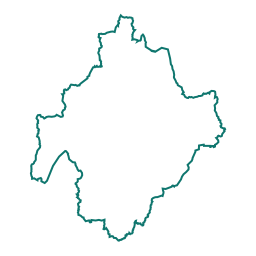 Central Otago District, Otago, New Zealand
{"feature_id": "76426892B81213624592516", "entity_name": "Central Otago District", "entity_type": "district", "adm_level": 2, "iso_a3": "NZL", "parent_name": "New Zealand", "parent_adm1": "Otago", "projection": "albers", "projection_center": [169.453, -45.131], "detail": "fine", "context": "isolated", "style": "outline", "palette": "teal", "viewbox_px": 256, "rotation_deg": 0, "n_neighbors": 0, "source": "geoboundaries", "source_scale": "gbopen_adm2", "svg_char_len": 5729}
<svg xmlns="http://www.w3.org/2000/svg" viewBox="0 0 256 256"><path d="M120.8,15.4L119.4,18.2L119.6,19.6L118.2,21.2L118.5,22.8L119.0,23.0L119.0,23.4L118.1,24.3L118.1,25.3L117.8,24.9L115.8,27.4L114.7,32.0L112.9,31.5L110.9,31.7L106.9,32.7L105.1,33.9L102.0,34.1L101.5,33.7L99.0,34.0L98.8,34.9L99.0,36.1L98.5,37.0L99.1,37.7L100.5,38.0L99.8,39.8L99.7,41.2L100.8,42.9L101.0,45.2L101.8,45.9L101.7,46.9L100.6,47.9L99.2,48.5L99.1,49.4L99.3,50.5L98.4,52.3L98.3,53.1L99.5,55.6L99.8,60.1L100.3,60.2L100.4,60.8L101.1,61.4L100.9,63.0L101.2,63.8L100.8,65.2L101.8,66.2L101.7,66.5L100.6,66.8L99.8,66.3L99.1,66.8L96.8,66.8L97.1,66.4L96.8,65.9L95.1,67.1L94.7,66.6L94.6,67.0L93.1,67.3L90.2,72.6L89.3,74.8L89.3,75.8L87.4,76.8L87.5,78.3L80.3,83.8L79.5,85.4L78.4,85.2L77.8,85.8L77.1,85.8L75.7,84.9L74.8,85.2L71.1,84.6L70.1,85.9L69.6,87.7L68.4,88.4L68.1,89.4L66.2,90.2L65.3,89.4L64.2,89.7L63.8,91.0L64.3,92.2L63.8,93.1L64.0,93.4L63.6,93.5L63.3,94.5L62.3,94.4L63.2,95.9L62.4,100.9L65.0,104.6L65.6,106.8L64.9,107.5L65.0,108.8L64.6,109.5L62.9,110.5L62.6,111.7L62.0,112.3L63.0,115.4L62.6,116.5L60.8,116.9L56.6,114.8L55.6,115.9L54.4,116.4L51.7,116.8L48.7,116.5L46.3,117.0L45.6,117.8L44.2,118.5L43.0,117.1L40.8,116.6L40.4,115.1L40.0,114.9L37.9,115.2L37.0,116.7L36.5,118.3L38.1,120.4L38.2,121.0L37.8,121.7L38.1,123.1L37.5,123.4L37.2,124.3L37.4,126.3L37.2,127.7L38.6,129.0L39.0,129.9L38.3,130.5L38.6,131.7L38.3,132.1L38.4,133.4L37.5,134.2L37.6,134.8L37.0,136.5L38.7,137.4L39.7,141.2L39.6,142.7L39.9,143.3L39.4,144.2L40.2,145.4L40.2,145.9L40.0,147.4L37.4,150.6L36.5,154.1L35.8,155.3L35.8,159.7L35.4,160.6L34.2,162.0L33.9,163.2L32.9,164.1L31.8,164.4L31.3,165.5L31.2,166.3L31.5,167.0L31.3,168.0L31.6,169.0L31.3,170.0L31.5,171.4L30.9,173.2L31.5,176.1L32.0,176.8L32.1,178.8L34.1,178.3L37.5,180.3L37.6,179.5L38.1,178.9L40.8,178.0L41.5,179.0L41.4,181.3L44.7,183.0L47.0,180.8L53.0,165.9L59.1,156.6L65.2,151.0L66.1,151.2L68.1,153.7L67.9,154.5L68.4,155.7L69.2,159.3L72.7,162.2L74.9,162.4L75.6,164.1L75.4,164.8L77.2,168.1L77.5,169.3L78.7,170.9L80.5,170.6L82.0,172.9L82.2,175.2L81.0,177.8L79.8,178.7L77.7,179.1L77.8,181.2L77.2,182.2L75.6,183.3L75.5,183.9L76.7,185.1L76.8,186.6L78.6,188.6L78.3,190.0L79.1,190.9L78.7,192.3L77.8,193.1L77.8,194.1L77.4,194.2L77.7,194.4L77.3,194.7L77.6,194.9L77.4,195.1L78.0,195.6L77.7,195.9L77.8,196.5L77.2,197.2L77.8,197.4L77.9,198.1L78.8,198.5L79.6,199.8L80.7,200.3L80.4,202.0L79.2,202.4L78.0,203.9L78.4,205.9L79.1,206.7L78.6,207.3L78.8,208.2L78.3,209.0L78.9,209.8L78.1,210.5L78.4,211.3L77.9,212.6L78.4,213.3L78.4,214.9L80.6,215.6L82.4,217.3L83.6,217.5L83.7,218.6L85.7,221.2L89.1,220.4L89.5,220.9L89.6,221.9L90.1,222.4L91.2,222.1L91.4,220.0L95.6,220.5L98.9,219.9L101.7,220.6L104.5,219.7L104.5,221.2L104.1,222.1L104.6,224.1L104.0,225.8L104.3,226.2L104.2,227.0L103.5,229.0L104.1,229.3L105.5,228.8L106.2,228.1L108.4,231.5L108.2,233.0L108.5,234.0L109.6,234.3L109.6,236.9L111.9,236.1L113.0,236.4L113.8,237.9L115.9,238.0L118.4,240.6L119.3,240.5L119.6,240.0L121.1,239.9L121.4,239.4L122.2,239.3L122.3,239.0L124.4,238.3L124.2,238.0L125.0,237.5L125.6,236.7L125.7,235.9L126.0,235.8L125.6,235.3L126.4,234.9L126.6,234.4L127.1,234.7L128.7,233.5L129.6,233.9L129.6,233.3L130.1,233.9L132.1,233.4L132.7,232.5L132.5,231.6L133.0,230.3L132.8,230.1L133.3,229.5L133.2,229.0L134.3,226.8L134.8,224.1L134.5,222.8L135.6,220.9L135.9,220.8L135.7,221.6L136.7,223.2L137.8,223.1L138.0,223.8L140.4,223.4L140.8,224.4L142.2,225.0L142.4,225.5L143.2,225.3L143.4,224.8L142.9,224.3L143.5,223.4L143.3,222.7L144.6,221.8L144.9,220.5L145.3,220.2L145.3,218.6L145.8,217.8L148.0,216.8L148.2,215.8L147.7,215.5L147.7,214.7L149.8,212.5L149.6,210.9L150.6,209.1L150.5,207.8L150.8,207.4L150.5,206.1L150.8,205.0L151.4,204.7L151.7,202.6L152.5,201.6L151.7,200.8L151.9,199.1L153.2,198.0L155.3,197.2L157.5,197.1L161.6,195.6L162.6,196.0L163.5,192.9L163.5,191.6L163.1,191.0L162.7,188.6L165.6,189.0L171.2,186.9L171.7,186.7L172.2,185.8L172.9,185.5L174.1,186.5L174.3,186.0L177.0,185.3L181.0,179.4L182.0,176.6L183.6,174.2L186.1,172.1L188.5,169.5L188.7,167.4L187.6,164.9L191.8,160.8L192.5,158.9L192.5,158.2L195.4,151.7L195.4,150.5L198.9,149.3L199.0,145.5L203.4,144.7L203.8,144.7L203.9,145.9L210.3,145.9L210.3,147.0L210.6,147.0L212.0,146.0L213.3,146.4L213.7,147.1L214.5,146.8L214.1,146.0L215.0,146.0L215.0,144.8L216.7,143.8L218.4,142.1L218.2,140.3L216.2,137.9L217.4,137.4L217.8,136.2L218.4,135.7L220.7,136.5L221.8,136.0L222.3,133.9L224.6,131.1L224.1,130.2L225.1,129.2L224.6,128.3L223.3,128.3L221.0,127.3L220.5,126.1L221.2,125.8L221.5,123.9L220.3,122.4L220.4,120.4L218.9,119.9L219.0,119.1L218.2,118.1L218.4,117.1L217.0,116.0L216.4,113.1L214.8,110.5L215.1,108.3L214.6,105.3L217.3,102.4L217.2,100.4L217.7,99.1L216.9,97.1L215.9,96.9L214.9,97.6L215.1,95.7L215.5,95.1L215.1,91.7L214.0,91.1L211.5,90.9L209.8,92.1L209.4,93.6L208.2,92.7L206.0,93.9L205.2,93.6L204.5,93.9L203.6,93.4L203.0,94.0L202.4,95.4L200.5,96.0L198.7,96.0L197.5,96.7L194.7,97.2L193.4,97.8L191.4,97.0L190.5,97.3L189.4,96.9L189.0,97.0L188.2,98.0L187.1,97.9L185.1,96.8L184.1,94.7L182.2,94.0L182.9,92.8L183.7,92.2L182.3,90.1L181.7,87.4L177.8,85.2L177.4,83.4L176.4,82.8L175.7,80.8L174.0,77.7L173.9,77.0L174.2,75.0L173.6,71.3L172.5,69.0L172.1,66.1L170.9,64.3L170.1,58.5L167.9,49.4L161.7,47.8L155.2,51.8L153.0,51.3L153.5,51.0L151.6,50.6L145.7,46.8L145.6,43.4L146.0,42.4L144.9,40.4L144.7,38.1L143.6,35.5L142.9,34.6L141.5,36.0L140.8,40.1L140.3,40.6L138.9,40.6L137.5,41.4L137.9,40.6L137.1,40.0L134.3,39.3L132.3,39.7L132.7,37.9L132.3,36.2L132.6,35.3L132.3,34.6L132.8,33.9L132.9,33.0L133.8,31.4L135.0,30.0L133.7,29.7L133.1,29.0L133.1,28.2L133.4,27.3L132.0,25.8L131.6,24.2L131.6,23.7L132.4,23.1L133.1,20.8L132.4,19.2L132.5,18.3L131.5,17.7L129.3,17.4L127.9,17.8L126.6,17.1L124.5,17.6L122.2,16.8L120.8,15.4Z" fill="none" stroke="#0f766e" stroke-width="2"/></svg>